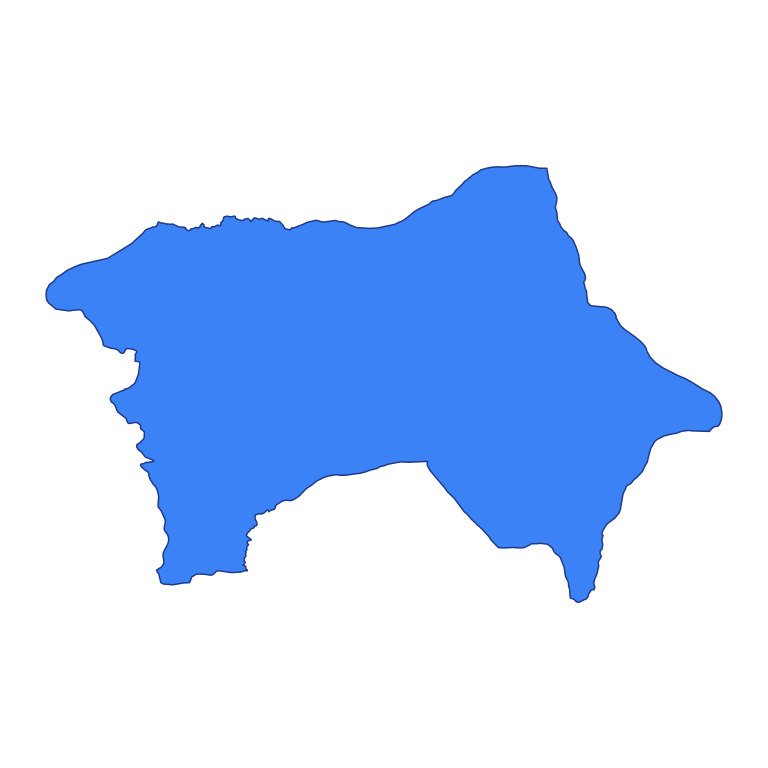 Shieb, Semenawi Keyih Bahri, Eritrea
{"feature_id": "51966322B10496032300276", "entity_name": "Shieb", "entity_type": "district", "adm_level": 2, "iso_a3": "ERI", "parent_name": "Eritrea", "parent_adm1": "Semenawi Keyih Bahri", "projection": "orthographic", "projection_center": [39.092, 15.818], "detail": "fine", "context": "isolated", "style": "filled", "palette": "blue", "viewbox_px": 768, "rotation_deg": 0, "n_neighbors": 0, "source": "geoboundaries", "source_scale": "gbopen_adm2", "svg_char_len": 6111}
<svg xmlns="http://www.w3.org/2000/svg" viewBox="0 0 768 768"><path d="M160.8,582.6L163.4,584.0L172.7,584.8L183.2,583.0L189.6,582.6L191.8,576.9L196.5,574.1L203.7,574.1L210.1,575.1L212.6,574.9L216.4,571.4L218.2,570.7L231.8,572.6L241.1,572.0L244.0,570.8L247.2,570.8L247.2,569.9L245.8,568.9L245.7,566.4L243.1,565.2L243.2,564.6L244.4,564.0L245.0,562.9L245.1,561.9L243.9,560.4L244.0,559.2L246.0,555.8L245.6,554.2L246.0,552.7L245.5,551.5L246.9,549.8L246.7,546.9L248.5,544.7L248.5,544.3L247.1,543.4L247.4,541.1L249.2,540.7L251.0,540.0L251.1,539.5L246.6,536.1L246.6,534.6L248.1,532.3L250.0,530.5L250.5,529.0L253.2,528.2L254.1,527.5L254.4,525.9L256.0,525.9L256.6,525.5L257.0,524.4L256.7,522.1L255.0,518.9L255.3,515.0L258.8,513.7L261.5,514.0L264.5,512.6L267.1,509.9L267.6,509.9L268.9,511.6L271.5,510.0L274.1,509.5L274.9,508.6L275.3,507.6L275.1,506.9L276.3,505.0L280.7,502.0L284.3,500.4L286.1,500.2L291.3,500.6L294.9,498.9L299.6,495.6L305.4,489.5L308.0,487.4L311.1,485.5L316.9,480.9L323.8,477.5L327.6,476.2L335.6,474.7L341.1,475.3L345.5,475.2L360.2,473.2L364.8,472.1L369.7,470.2L377.3,468.4L379.0,467.0L384.8,465.5L387.3,464.4L395.8,462.7L400.7,461.9L409.6,462.2L427.2,461.4L427.4,465.6L429.9,470.3L444.7,487.9L447.3,491.6L454.4,498.5L464.1,511.6L467.1,514.2L471.5,519.4L475.4,522.8L477.6,525.3L479.4,526.6L482.5,529.6L488.6,536.2L491.2,540.1L498.2,547.4L499.6,547.8L505.7,547.9L513.6,547.4L517.5,547.9L524.0,547.7L530.1,544.7L531.2,543.8L537.3,543.7L540.2,543.3L547.5,544.2L552.3,548.0L553.8,551.3L555.0,553.0L559.4,556.3L560.5,558.0L564.2,567.4L565.3,575.2L565.8,577.2L567.8,580.7L568.5,583.3L568.5,585.1L569.7,590.1L570.2,597.8L574.1,599.4L575.8,601.2L577.1,602.0L579.0,602.3L584.8,599.4L585.6,599.4L587.9,597.1L588.6,594.0L591.6,589.7L593.9,589.8L594.7,587.9L594.7,586.3L594.1,584.8L593.8,582.6L595.0,578.3L596.9,573.9L598.8,565.8L598.2,563.8L598.4,561.6L601.4,556.6L600.0,553.2L600.4,550.6L602.0,549.1L602.7,545.2L602.7,544.0L601.8,540.0L603.0,535.5L601.7,534.5L602.6,531.1L605.8,525.6L607.9,523.2L614.7,518.2L619.0,513.0L620.3,509.7L623.0,494.0L625.8,488.0L626.3,486.2L630.9,483.4L634.1,479.5L636.6,477.7L642.5,471.3L644.6,466.5L647.0,462.6L650.5,449.0L654.6,441.6L656.7,439.7L664.0,435.9L673.2,433.7L676.0,433.4L681.9,431.2L688.5,430.4L692.9,430.9L709.4,431.4L711.6,428.7L714.4,426.6L717.2,426.3L718.3,425.9L719.7,424.0L721.4,419.5L721.9,414.9L721.9,412.8L720.9,406.6L719.1,402.4L716.6,398.8L714.4,396.2L710.2,392.8L702.2,388.8L691.6,382.1L684.8,378.4L677.6,375.4L662.8,367.8L655.6,362.8L649.7,356.6L648.7,354.2L646.9,351.6L646.6,349.8L645.7,347.5L644.4,345.5L640.6,341.4L635.4,337.2L624.2,329.1L620.5,325.7L615.9,317.5L616.2,316.5L614.9,313.4L611.6,309.8L607.7,307.7L605.3,307.1L591.4,305.8L590.0,305.1L588.3,303.2L587.4,301.7L587.4,299.0L586.9,297.3L586.5,291.2L585.0,288.2L584.6,284.9L583.9,283.5L583.9,281.6L585.1,279.8L585.4,278.6L585.4,276.9L584.7,273.9L580.4,265.9L579.6,263.0L578.8,255.6L576.2,247.5L573.2,240.5L571.8,238.7L568.4,235.7L566.6,232.4L563.8,230.5L560.7,226.6L559.9,224.2L557.8,220.7L557.4,219.3L556.9,212.6L555.5,208.2L555.5,206.0L556.5,202.6L556.9,197.7L555.6,193.8L551.8,186.7L550.0,181.7L548.7,179.2L546.8,168.3L539.2,168.2L526.1,165.7L515.0,165.8L504.7,167.1L498.4,166.8L492.6,167.1L486.0,168.4L480.7,170.0L477.6,172.3L472.7,175.0L466.4,180.3L464.9,181.2L462.2,184.3L455.9,190.3L453.0,194.4L450.5,195.9L444.9,197.3L436.6,200.5L432.5,201.1L428.7,204.3L418.7,209.0L414.7,211.4L405.1,219.2L400.7,221.8L399.4,222.0L395.2,224.2L392.3,224.9L377.5,228.0L369.5,228.4L356.5,227.6L350.0,225.0L344.8,222.3L341.6,221.6L340.1,221.9L335.2,220.5L323.6,222.1L319.8,221.4L317.6,220.5L315.0,220.5L306.7,222.5L304.0,223.9L294.1,227.8L291.4,228.0L290.3,229.9L285.0,228.7L282.8,225.0L279.5,221.5L275.0,221.2L271.3,219.1L269.3,218.4L268.6,218.5L267.9,220.8L267.3,220.9L262.8,218.5L262.0,218.3L258.7,219.3L255.5,218.0L254.0,218.0L250.8,221.6L249.1,219.2L247.7,218.6L244.7,219.1L242.5,220.6L239.0,219.9L235.5,218.2L235.2,216.5L234.1,216.1L231.1,216.8L226.8,216.2L224.2,216.9L223.6,217.7L223.1,220.4L220.9,222.6L220.8,224.7L220.2,225.9L218.3,225.2L216.9,225.2L214.7,226.8L212.6,226.5L212.0,226.7L210.8,228.2L210.0,228.6L206.0,227.6L204.2,226.8L203.8,226.5L203.9,224.6L202.4,223.4L200.6,225.0L199.9,226.8L198.4,228.2L197.2,227.5L195.7,227.5L192.0,229.0L190.9,228.8L190.5,230.0L189.0,230.6L188.1,230.6L186.6,229.7L185.4,227.8L184.6,227.3L179.2,227.0L172.5,224.0L171.3,224.3L165.2,223.8L163.6,223.1L161.0,223.1L159.2,222.1L158.4,222.1L157.8,222.8L157.1,225.6L154.6,227.0L152.4,227.1L150.7,228.2L148.9,228.4L145.6,229.9L142.5,233.7L131.3,243.8L107.7,258.3L81.5,264.2L74.9,266.7L67.4,270.2L61.1,274.8L57.7,276.7L56.4,277.9L53.8,281.3L49.5,284.5L46.6,289.9L46.1,295.2L46.7,300.0L48.6,302.9L55.9,309.1L68.9,310.9L74.2,310.1L79.8,309.8L81.3,310.3L82.7,311.5L85.3,316.8L90.7,321.2L94.5,325.5L101.8,338.5L103.0,342.2L103.2,344.7L104.2,345.9L110.2,348.0L115.0,348.8L117.5,349.7L120.3,352.5L122.1,353.4L123.8,352.9L125.7,349.5L126.9,348.6L127.6,348.5L132.4,349.1L135.6,350.4L136.7,351.2L136.7,352.6L135.8,353.4L135.2,354.9L135.4,357.7L135.0,360.5L135.1,361.0L135.9,361.4L138.4,361.6L139.1,362.0L139.8,362.9L139.8,363.8L138.5,374.1L135.2,382.6L134.2,383.9L128.6,388.1L126.6,388.8L125.6,388.7L123.6,390.2L112.7,394.5L110.6,397.1L110.3,399.7L111.2,401.8L113.4,403.3L115.2,405.5L117.0,410.6L118.0,412.2L126.1,418.4L127.6,422.6L128.9,423.4L129.8,423.5L134.9,422.4L136.3,422.5L138.5,423.4L140.3,424.9L140.8,428.8L144.1,431.6L144.4,433.0L144.2,436.8L143.9,438.5L143.1,439.5L139.3,443.1L137.1,444.4L136.7,445.3L136.7,447.0L138.2,449.5L141.7,452.3L145.3,457.0L153.0,460.1L154.0,460.9L151.6,462.0L150.6,461.8L147.8,462.5L146.2,462.3L143.5,463.7L141.2,464.0L140.5,464.8L140.9,466.1L142.6,467.9L145.3,470.3L148.0,472.1L148.8,473.5L148.9,475.8L150.1,479.3L153.2,484.2L155.7,486.9L157.4,490.5L158.7,496.4L158.1,504.3L158.2,506.9L161.2,510.9L165.0,519.3L165.4,522.1L164.4,526.4L164.2,529.4L165.3,531.6L167.5,534.5L168.3,536.7L168.7,539.0L168.5,541.5L167.8,543.9L164.3,550.5L163.4,552.9L163.0,555.4L164.0,562.6L163.0,564.9L161.5,567.0L156.6,570.1L157.4,572.2L158.8,573.8L160.8,582.6Z" fill="#3b82f6" stroke="#1e3a8a" stroke-width="1.5"/></svg>